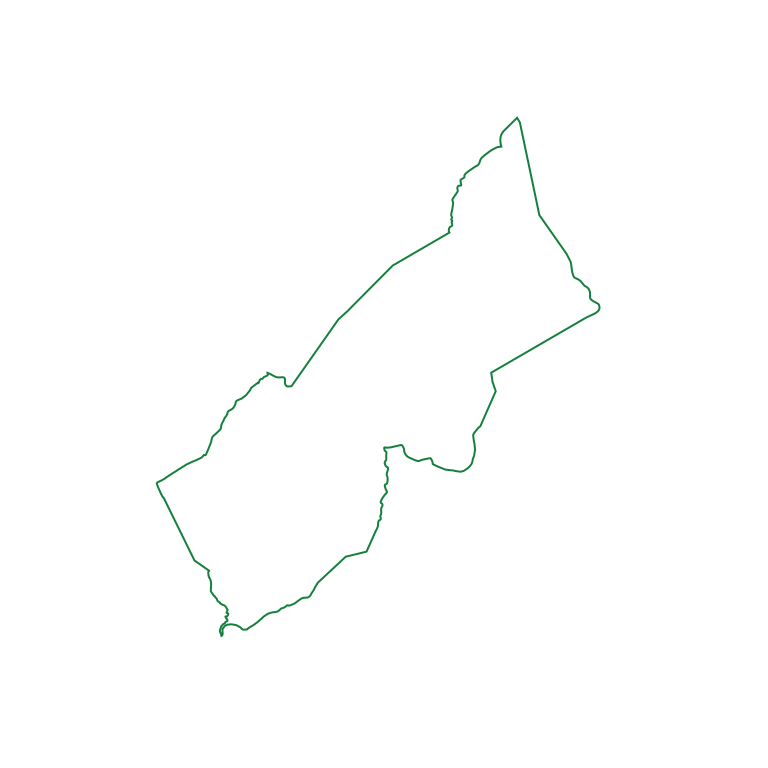 Ocotepeque, Ocotepeque, Honduras (Mercator projection), rotated 116°
{"feature_id": "27666195B53241292174391", "entity_name": "Ocotepeque", "entity_type": "district", "adm_level": 2, "iso_a3": "HND", "parent_name": "Honduras", "parent_adm1": "Ocotepeque", "projection": "mercator", "projection_center": [-89.221, 14.418], "detail": "fine", "context": "isolated", "style": "outline", "palette": "green", "viewbox_px": 768, "rotation_deg": 116, "n_neighbors": 0, "source": "geoboundaries", "source_scale": "gbopen_adm2", "svg_char_len": 6163}
<svg xmlns="http://www.w3.org/2000/svg" viewBox="0 0 768 768"><g transform="rotate(116 384 384)"><path d="M89.4,376.5L86.4,381.1L103.8,387.2L105.3,387.6L107.1,387.8L108.7,387.8L110.3,387.6L111.7,387.2L113.3,386.6L114.9,385.8L116.3,384.9L117.7,383.9L119.2,382.6L120.5,384.6L121.4,385.9L122.1,386.5L125.0,388.7L126.5,389.8L129.0,391.2L134.1,393.8L137.8,395.3L139.1,395.6L140.5,395.6L143.1,395.2L145.5,395.3L146.7,395.9L149.1,397.6L152.5,399.5L155.3,401.1L157.6,402.2L159.5,403.0L160.6,403.2L161.4,403.1L162.5,402.5L163.2,402.4L163.6,402.6L166.3,404.3L167.0,404.6L167.7,404.3L169.0,403.6L169.6,403.2L170.6,402.2L171.1,401.9L171.4,401.8L171.9,402.0L172.3,402.2L172.7,403.3L173.1,403.8L173.6,404.1L174.1,404.2L174.9,404.2L175.7,404.0L176.5,403.5L177.6,402.6L178.2,402.3L178.8,402.2L187.4,403.4L188.4,403.3L189.1,403.0L189.8,402.1L190.5,401.5L191.7,400.9L196.7,399.3L200.9,398.3L202.7,397.7L203.1,397.4L203.8,396.5L204.4,396.0L205.1,395.7L206.2,395.8L206.6,395.7L207.0,395.3L207.1,394.6L207.3,394.3L207.7,394.1L208.6,394.1L209.3,393.9L209.7,393.6L210.5,392.8L211.1,392.4L211.8,392.3L212.3,392.4L212.8,392.7L213.5,393.3L214.3,393.6L215.0,393.7L215.9,393.6L216.8,393.4L217.8,393.0L218.6,392.4L219.2,391.6L273.7,428.1L334.9,448.9L345.9,453.3L426.6,466.2L428.4,469.4L428.6,469.9L428.6,470.3L428.3,471.4L427.7,472.4L426.7,473.4L426.0,473.8L424.2,474.5L422.9,475.2L422.4,475.8L422.1,476.3L422.1,477.0L422.3,478.0L424.4,481.8L424.7,482.7L425.0,483.5L425.1,486.5L424.9,490.3L425.0,493.6L425.4,493.4L426.1,492.7L426.5,492.5L427.0,492.5L427.4,492.5L430.5,495.0L431.1,495.2L432.5,495.5L432.9,496.0L433.2,496.7L434.5,497.3L435.1,497.4L437.3,497.2L437.9,497.2L438.3,497.3L438.3,498.1L438.8,498.2L444.3,501.0L445.2,501.4L446.3,501.7L448.4,501.7L452.4,502.6L454.3,503.0L455.6,503.6L459.7,505.7L462.8,508.5L463.5,509.0L464.3,509.3L465.5,509.3L466.9,508.8L468.3,508.7L470.2,508.8L471.4,509.0L472.1,509.1L473.8,510.0L476.1,511.7L477.2,512.1L478.0,512.1L479.5,511.8L481.0,511.7L482.2,511.8L484.4,512.3L487.2,512.2L490.2,512.3L492.2,512.2L495.3,511.2L496.5,511.2L497.1,511.4L502.2,513.2L505.1,514.5L506.5,514.9L507.4,515.0L508.8,514.8L511.3,514.1L512.4,513.9L520.1,513.3L525.7,513.1L526.4,513.4L526.7,514.7L529.8,515.6L531.4,516.7L534.0,518.7L538.4,522.6L543.3,526.5L545.5,527.8L551.1,531.4L552.8,532.3L557.1,535.0L562.3,538.1L565.9,540.1L567.7,541.3L571.3,544.2L572.6,544.7L573.2,544.4L574.0,543.7L576.0,541.6L578.5,538.6L579.4,537.6L582.4,533.7L582.8,532.2L625.7,477.0L628.5,459.4L630.2,459.4L631.2,459.0L633.6,457.3L634.4,456.5L635.6,454.7L636.4,453.9L638.1,452.5L639.7,451.6L643.1,450.2L645.2,449.3L646.1,448.8L646.5,448.4L647.4,446.7L648.4,445.1L648.6,444.4L648.9,444.0L649.0,443.7L649.0,443.0L649.8,441.9L650.1,440.5L651.2,439.4L652.0,438.3L652.4,435.6L653.0,435.2L653.1,434.7L653.1,433.2L653.2,432.4L653.2,431.9L653.0,431.2L653.0,430.3L653.2,429.5L654.0,427.9L655.7,425.5L658.1,425.3L658.6,425.2L658.7,424.8L658.6,423.5L658.7,423.3L659.1,423.1L659.7,422.9L660.5,423.0L662.1,423.4L662.2,423.5L662.2,424.0L662.3,424.4L662.6,424.5L663.0,424.2L663.2,423.9L664.8,421.2L665.0,421.1L665.5,421.0L666.2,421.1L667.3,422.1L667.5,422.2L668.1,422.0L668.7,422.1L669.4,422.5L670.3,423.3L671.4,423.6L672.1,423.6L672.7,424.0L677.0,423.6L677.4,423.5L678.6,422.8L680.3,420.7L681.6,419.7L680.8,419.2L679.6,419.4L678.8,419.7L677.6,420.5L676.6,421.0L675.5,421.5L674.7,421.6L673.3,421.4L671.3,421.0L670.6,420.6L669.8,420.0L668.8,419.0L666.9,415.9L665.5,411.2L665.5,409.4L665.7,406.3L665.9,405.7L666.4,404.6L666.6,403.5L666.5,403.0L665.6,401.1L664.8,399.7L661.9,398.3L657.7,395.5L653.4,393.3L648.5,391.2L646.0,390.3L641.8,387.9L640.3,386.6L638.7,384.8L637.9,383.8L636.5,381.5L635.1,379.9L634.4,379.4L630.9,378.0L630.6,377.8L630.0,377.0L628.6,375.7L625.4,373.9L625.0,373.5L624.9,372.4L624.1,371.3L620.3,368.0L617.2,366.5L613.9,364.7L612.6,363.9L612.0,363.3L611.4,362.5L609.5,359.2L608.6,358.4L607.2,357.7L606.3,357.5L604.1,357.4L600.5,356.9L596.0,356.8L591.7,356.4L556.0,342.7L542.3,326.2L519.6,327.0L518.1,326.9L516.2,326.9L515.0,327.1L513.7,327.4L510.9,328.6L509.8,328.8L508.8,328.6L507.6,327.8L506.8,327.7L506.0,328.1L505.2,328.9L504.8,329.2L503.7,329.5L502.1,329.6L500.9,330.0L498.6,331.3L497.4,331.8L496.4,332.1L494.4,332.0L493.4,332.3L492.8,332.7L492.5,333.1L492.4,333.6L492.3,334.3L492.1,334.7L491.8,335.1L491.3,335.3L489.5,335.5L487.3,335.4L483.2,334.7L480.8,333.9L479.8,334.0L479.3,334.3L478.4,335.6L477.6,336.5L475.8,338.2L474.9,338.8L474.5,338.9L474.0,338.9L473.7,338.7L473.0,338.1L472.2,337.8L471.6,337.8L470.6,338.0L468.7,338.7L466.8,339.6L465.7,340.5L464.6,341.6L463.9,342.0L463.2,342.3L460.0,342.8L458.8,343.1L457.8,343.5L457.5,343.8L457.3,344.1L457.2,345.5L456.9,346.5L456.1,347.5L455.1,348.5L454.3,348.9L453.5,349.1L453.0,349.1L451.9,348.7L451.0,348.8L447.6,350.5L444.7,351.7L444.3,352.0L444.1,352.3L443.7,353.7L443.2,354.5L441.9,355.5L441.3,355.8L440.9,355.8L440.5,355.2L440.3,354.3L440.1,353.7L438.4,350.7L431.8,342.5L431.3,341.8L431.2,341.4L431.2,340.9L431.6,340.2L432.7,338.5L433.8,337.4L435.7,336.3L436.5,335.6L437.5,334.3L438.4,332.6L438.9,331.3L439.1,330.0L439.0,326.7L438.9,323.5L438.6,320.6L438.2,319.4L437.8,318.8L435.3,316.4L433.9,314.6L431.0,310.9L430.4,309.9L430.4,309.4L430.6,309.0L431.8,307.3L433.0,306.1L434.6,305.0L434.7,300.6L434.1,292.1L433.8,290.6L431.3,283.6L430.8,281.3L429.4,277.0L428.7,276.0L427.4,274.5L426.5,273.8L422.6,271.6L420.2,270.8L418.4,270.4L417.3,270.3L415.8,270.4L414.5,270.7L412.9,271.2L408.7,271.6L406.1,272.5L403.8,273.1L402.8,273.5L401.2,274.5L399.8,275.4L398.7,276.0L395.2,278.7L392.1,280.7L390.9,281.4L390.0,281.6L387.9,281.4L382.5,280.1L381.6,279.8L379.8,278.9L341.5,280.4L334.4,287.5L326.8,292.6L236.7,232.1L234.4,230.4L229.2,226.2L227.3,224.8L226.4,224.3L225.2,223.8L224.2,223.4L223.5,223.3L222.1,223.4L220.8,223.8L219.4,224.8L218.6,225.6L218.4,225.9L218.1,226.7L218.0,227.7L217.8,232.6L217.6,233.4L217.3,235.0L216.8,236.0L215.9,236.7L212.6,238.4L211.0,239.3L209.6,240.7L208.6,242.2L208.3,243.0L208.0,244.5L207.8,246.9L205.4,252.3L205.1,253.4L204.8,255.9L204.9,257.5L204.9,258.4L204.7,259.8L204.4,260.5L201.4,263.5L196.7,266.8L194.3,268.3L192.4,269.8L187.0,277.0L164.1,318.4L89.4,376.5Z" fill="none" stroke="#15803d" stroke-width="2"/></g></svg>